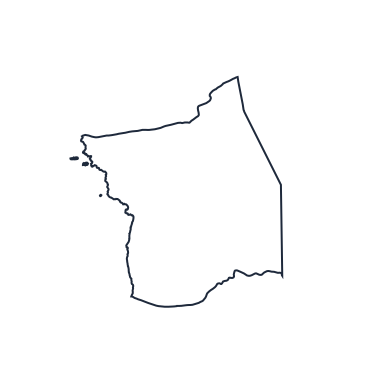 Maekel Deb.Keih Bahri, Debubawi Keyih Bahri, Eritrea (Albers equal-area conic projection), rotated 215°
{"feature_id": "51966322B58552537539737", "entity_name": "Maekel Deb.Keih Bahri", "entity_type": "district", "adm_level": 2, "iso_a3": "ERI", "parent_name": "Eritrea", "parent_adm1": "Debubawi Keyih Bahri", "projection": "albers", "projection_center": [41.68, 13.747], "detail": "fine", "context": "isolated", "style": "outline", "palette": "slate", "viewbox_px": 384, "rotation_deg": 215, "n_neighbors": 0, "source": "geoboundaries", "source_scale": "gbopen_adm2", "svg_char_len": 5956}
<svg xmlns="http://www.w3.org/2000/svg" viewBox="0 0 384 384"><g transform="rotate(215 192 192)"><path d="M70.0,175.1L123.3,248.9L195.4,287.8L196.0,288.4L196.8,288.8L200.7,292.9L217.3,308.9L220.6,312.4L221.6,311.1L222.5,309.4L223.2,308.4L224.8,305.1L225.9,303.2L226.7,302.1L228.7,298.7L228.7,297.7L229.3,295.3L230.7,292.5L231.2,290.8L231.4,289.8L232.0,289.1L233.0,286.8L233.4,284.3L233.5,282.9L233.3,282.0L232.6,280.9L231.1,280.4L230.4,279.7L230.2,279.2L229.8,277.5L230.0,276.4L231.3,273.0L235.6,266.7L235.9,265.8L235.8,264.9L235.1,263.7L233.8,262.3L232.1,260.8L230.8,259.3L230.5,258.6L230.6,257.5L231.3,255.9L232.5,252.1L233.3,250.1L233.8,247.4L234.5,246.9L235.5,246.4L237.7,244.9L239.6,242.8L241.1,242.2L243.1,240.6L247.7,235.1L251.5,231.0L252.6,229.5L254.5,226.5L258.4,222.1L262.9,218.1L266.2,215.9L268.3,214.4L271.4,211.0L275.7,207.4L277.9,205.3L280.5,202.4L285.4,197.7L286.8,196.1L290.4,192.5L292.6,190.5L294.2,189.4L300.3,183.1L302.0,181.7L303.3,181.0L305.9,179.9L309.0,179.0L312.2,177.5L313.9,175.3L313.8,174.8L314.0,174.5L313.2,174.2L312.8,173.9L312.9,173.5L312.6,173.0L312.9,171.6L312.6,171.2L312.3,170.3L311.7,170.0L311.2,170.2L310.8,170.2L310.1,170.5L309.8,170.5L308.4,169.8L308.2,169.6L307.9,169.6L307.2,169.1L306.7,169.3L305.8,169.1L304.6,167.2L304.0,166.7L304.0,166.4L303.7,165.9L303.9,164.7L303.7,164.4L303.7,164.1L304.2,162.9L303.9,162.5L304.1,162.1L303.9,161.7L303.6,161.6L303.0,161.7L302.8,162.1L302.5,162.3L302.2,161.9L301.3,161.7L300.9,162.3L300.4,162.5L300.2,162.4L300.5,161.8L300.2,161.7L299.6,161.9L298.6,162.0L298.6,161.9L298.2,161.9L297.7,161.4L297.5,161.6L297.5,161.9L297.2,162.1L296.8,162.1L296.5,162.5L295.8,162.7L295.7,163.2L295.5,163.4L295.2,163.5L294.8,162.9L295.0,162.1L294.7,161.4L294.8,161.3L294.9,160.9L294.8,160.6L293.9,160.3L293.6,160.0L292.7,160.0L292.2,159.5L291.7,159.5L291.2,159.7L290.9,159.5L290.7,159.1L290.5,158.1L290.9,157.3L290.2,156.5L289.7,156.1L289.7,155.9L289.3,155.8L288.9,155.4L288.5,155.4L288.0,155.7L288.0,156.6L287.5,157.0L287.3,157.5L287.2,158.1L286.2,158.5L285.3,158.6L283.9,157.4L283.1,157.6L282.6,158.1L281.8,158.2L280.9,157.3L280.5,157.2L279.7,157.4L279.2,158.0L277.9,158.0L276.6,157.9L275.6,158.2L275.1,158.8L274.1,158.7L273.2,158.4L272.8,158.0L272.4,157.4L272.5,156.5L271.9,156.2L271.4,155.7L271.3,154.7L270.9,153.8L270.6,153.5L270.3,153.6L270.1,153.4L269.9,152.8L270.0,152.2L269.7,151.7L269.2,151.2L267.3,151.1L266.9,150.9L266.7,150.9L266.2,150.6L265.8,150.1L265.5,150.1L265.2,150.0L264.6,148.9L264.6,148.1L264.4,147.5L262.0,146.5L261.6,145.7L261.4,144.0L260.7,143.6L260.2,141.9L259.8,141.8L259.7,141.5L258.8,141.4L258.4,141.0L256.8,140.6L255.5,140.8L255.4,140.9L255.0,141.1L251.7,141.2L251.4,141.7L250.5,142.2L250.3,142.8L249.7,143.0L249.4,143.3L248.9,143.6L246.4,143.5L246.1,143.4L245.9,143.1L245.2,143.0L244.9,142.6L244.0,142.6L243.3,142.9L242.4,142.9L241.3,142.4L240.7,142.9L240.6,143.5L239.6,143.6L239.1,144.0L238.5,144.1L236.6,143.6L235.7,143.0L235.3,142.5L234.8,141.3L234.8,140.7L235.2,140.7L235.5,140.1L235.9,140.0L236.0,139.5L236.0,139.2L235.7,139.1L235.6,138.3L235.1,137.5L234.8,137.4L234.7,136.9L233.4,136.9L232.6,137.5L232.3,137.5L231.5,137.1L231.3,136.8L231.0,136.8L230.4,137.2L229.6,138.4L228.9,138.4L228.3,138.2L227.5,138.4L227.4,138.8L227.1,138.8L226.0,138.4L225.1,137.3L224.2,135.5L223.7,134.1L223.7,132.8L223.3,132.3L223.4,132.1L223.5,132.2L223.2,131.8L222.8,131.0L222.4,129.4L222.0,128.7L222.1,128.0L221.8,127.9L221.7,127.6L221.5,127.1L221.3,127.0L221.2,126.6L220.7,126.1L220.2,124.5L219.9,124.1L219.4,122.5L219.4,122.1L219.2,122.1L218.3,120.3L216.9,118.4L216.7,117.8L216.4,117.7L216.1,116.9L215.8,116.4L215.3,114.8L215.2,110.6L213.9,109.2L213.5,109.1L213.1,109.6L212.5,109.4L212.1,108.7L212.0,107.8L210.6,106.9L209.5,105.6L209.1,104.5L209.2,104.0L208.5,103.4L208.2,102.9L207.9,102.4L207.9,101.8L207.5,100.7L207.0,99.8L205.6,98.4L205.1,97.7L204.8,97.5L204.5,97.1L203.6,96.3L203.0,95.5L201.9,94.6L201.8,94.3L201.3,94.1L200.3,93.2L199.0,91.7L198.6,91.0L197.7,90.2L197.6,89.9L196.2,89.0L195.2,87.9L194.7,87.6L194.1,86.9L192.9,86.4L191.9,86.2L191.3,85.2L189.9,83.9L189.8,83.5L189.2,82.7L188.5,82.2L187.6,82.2L187.0,82.0L186.2,81.3L185.7,80.0L185.0,79.3L184.3,77.6L183.9,76.9L183.2,76.2L182.4,74.9L182.2,73.1L181.8,71.6L180.9,72.1L180.3,72.2L178.2,72.3L176.2,72.9L174.6,73.2L171.8,74.1L164.1,76.0L156.1,78.4L154.0,79.3L148.3,82.5L145.1,84.8L141.0,88.0L139.0,89.8L139.0,90.0L135.7,92.4L132.3,95.5L130.7,96.9L128.3,98.7L126.9,99.9L122.9,105.0L122.0,106.9L121.2,108.1L120.7,109.3L120.4,113.0L120.6,114.5L121.3,117.0L121.4,117.9L120.9,120.5L120.2,122.7L119.4,124.6L118.6,127.2L118.4,128.9L118.6,131.1L118.2,132.0L117.2,132.9L116.8,133.1L115.6,133.2L115.2,133.5L115.0,134.4L115.2,136.5L114.2,137.9L112.8,139.2L112.3,140.3L112.2,140.9L112.5,142.8L112.3,143.2L111.2,143.9L110.9,143.9L109.6,144.8L109.0,145.8L109.1,146.8L109.6,147.5L110.4,148.3L110.9,149.4L111.7,151.6L111.6,152.4L110.8,153.2L109.9,153.7L106.6,154.4L102.7,155.1L99.0,155.2L97.4,155.9L96.5,156.6L95.4,158.0L93.9,160.9L93.6,161.4L92.9,162.1L91.7,162.4L89.4,162.8L88.0,163.6L87.4,164.3L86.8,167.1L86.5,167.8L85.3,170.0L84.3,171.0L82.7,171.8L81.3,172.3L79.0,173.7L75.4,175.0L73.8,176.2L72.8,176.7L71.9,176.7L70.5,175.3L70.0,175.1ZM310.4,149.9L310.8,149.8L310.7,149.5L310.5,149.4L309.7,149.4L309.4,149.7L309.1,150.1L308.6,150.2L308.3,150.6L307.1,151.2L306.9,151.6L306.1,152.0L304.7,153.4L304.8,154.2L305.4,154.6L305.9,154.5L306.1,154.3L306.5,154.2L306.7,153.9L307.0,153.8L307.8,152.8L308.2,152.5L308.7,152.5L309.2,151.3L310.0,150.7L310.1,150.2L310.4,149.9ZM297.4,152.8L297.0,152.6L297.0,151.8L296.8,151.5L295.9,152.3L294.6,152.6L294.5,153.0L293.5,153.9L293.6,154.3L293.3,154.7L293.4,154.8L293.5,155.6L294.3,155.6L294.5,155.9L295.0,155.8L295.2,155.6L295.4,155.0L295.9,154.9L296.0,154.5L296.4,154.2L296.1,153.7L296.5,153.2L296.7,152.9L297.4,153.1L297.4,152.8ZM265.1,137.4L265.3,137.1L265.4,136.3L265.2,136.1L264.8,136.0L264.5,136.2L264.3,137.2L264.4,137.4L265.1,137.4Z" fill="none" stroke="#1e293b" stroke-width="2"/></g></svg>